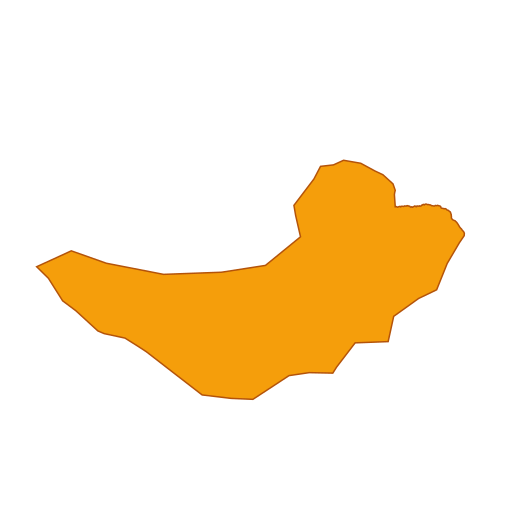 outline of Zu'unbayan-Ulaan, Övörhangay, Mongolia, rotated 131°
{"feature_id": "93677404B28761750991664", "entity_name": "Zu'unbayan-Ulaan", "entity_type": "district", "adm_level": 2, "iso_a3": "MNG", "parent_name": "Mongolia", "parent_adm1": "Övörhangay", "projection": "orthographic", "projection_center": [102.472, 46.426], "detail": "fine", "context": "isolated", "style": "filled", "palette": "amber", "viewbox_px": 512, "rotation_deg": 131, "n_neighbors": 0, "source": "geoboundaries", "source_scale": "gbopen_adm2", "svg_char_len": 2728}
<svg xmlns="http://www.w3.org/2000/svg" viewBox="0 0 512 512"><g transform="rotate(131 256 256)"><path d="M104.1,112.2L102.1,113.7L101.4,115.3L101.2,117.5L100.9,118.2L100.8,118.8L100.8,119.3L100.7,120.3L100.5,121.4L100.1,122.5L99.2,125.4L99.0,126.4L98.9,127.0L98.9,127.8L98.8,128.9L99.3,130.1L99.6,131.4L99.5,132.2L99.3,132.9L99.1,133.5L98.7,133.8L98.2,134.2L97.9,134.5L97.5,135.0L97.1,135.4L96.6,135.9L96.3,136.4L96.2,136.8L95.8,137.3L95.5,137.8L95.3,138.2L95.3,138.6L95.4,139.0L95.4,139.4L95.4,139.9L95.4,140.3L95.3,140.6L95.4,140.8L95.6,141.2L95.8,141.6L95.9,141.9L95.9,142.4L95.8,143.0L95.9,143.7L96.0,144.1L96.3,144.5L96.6,144.6L96.8,144.9L97.0,145.1L97.0,145.4L97.2,145.7L97.3,145.9L97.4,146.1L97.6,146.5L98.1,147.1L98.2,147.5L98.2,148.2L97.7,148.7L97.5,149.2L97.5,149.6L97.7,150.2L97.9,150.6L98.2,151.0L98.4,151.7L98.6,152.2L99.3,152.5L99.7,152.9L99.9,153.4L100.3,153.9L101.1,154.0L101.5,154.4L101.9,155.1L102.2,155.7L102.7,156.3L102.9,156.6L102.9,157.0L102.9,157.5L103.1,158.0L103.5,158.5L103.7,158.9L103.9,159.5L104.3,159.9L104.6,160.2L104.8,160.5L105.0,161.3L105.4,161.9L106.1,162.4L106.6,162.4L106.8,162.4L107.1,162.6L107.1,163.2L107.3,163.6L107.8,163.8L108.1,163.8L108.4,163.8L108.6,164.1L108.9,164.3L109.3,164.3L110.1,164.3L110.4,164.5L110.6,164.8L110.8,165.2L110.9,165.5L111.1,165.5L111.4,165.5L111.6,165.8L111.7,166.1L112.0,166.3L112.2,166.6L112.3,166.9L112.5,167.2L112.8,167.4L113.2,167.3L113.4,167.2L113.6,167.3L113.7,167.5L113.8,167.7L113.9,167.9L113.8,168.2L113.8,168.4L114.0,168.8L114.2,169.1L114.7,169.1L115.0,169.3L115.5,169.6L116.1,169.7L116.4,169.7L116.6,169.9L116.6,170.6L116.7,170.8L117.0,170.9L117.3,170.9L117.6,171.1L117.6,171.3L117.7,171.9L117.6,172.3L117.6,172.7L117.7,172.9L118.0,173.0L118.2,173.6L118.3,174.0L118.4,174.4L118.7,174.5L118.9,174.7L118.9,175.0L119.0,175.1L119.3,175.2L119.6,175.2L119.9,175.5L120.2,175.8L120.5,176.5L120.9,176.8L121.3,176.8L121.6,176.9L121.8,177.1L122.0,177.6L123.0,178.8L123.2,179.0L123.8,178.9L124.0,179.0L124.0,179.4L124.1,179.8L124.3,180.1L124.7,180.4L125.2,180.6L125.5,180.8L125.9,181.0L126.4,181.3L126.5,181.7L126.5,182.3L126.8,182.6L127.5,183.2L121.5,189.2L119.9,190.8L118.9,191.8L117.2,192.9L115.1,194.0L111.7,199.9L111.4,213.5L113.8,222.0L117.3,237.8L126.3,252.7L136.4,257.3L146.0,266.1L159.9,262.8L192.9,260.6L199.3,252.8L212.3,235.0L256.9,242.7L290.9,271.4L330.5,313.7L359.7,364.3L373.3,398.8L408.0,414.5L409.0,398.1L416.7,372.5L415.5,356.0L416.3,326.2L414.2,319.7L403.9,301.0L401.5,285.5L400.2,276.0L398.7,249.4L396.2,205.5L379.8,181.4L366.2,164.3L324.6,152.6L309.1,139.3L294.0,121.2L286.9,122.3L256.5,124.2L233.9,100.1L211.2,112.5L181.3,105.4L163.0,97.5L136.2,106.8L112.6,111.2L104.1,112.2Z" fill="#f59e0b" stroke="#b45309" stroke-width="1.5"/></g></svg>